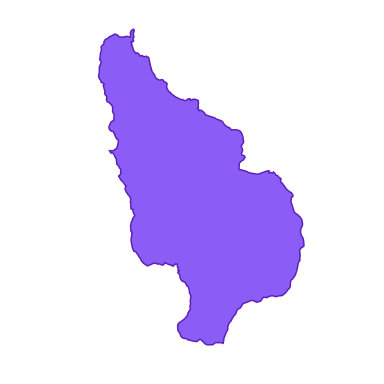 Stramtura, Maramures, Romania (Equal Earth projection), rotated 103°
{"feature_id": "2599482B10134802893946", "entity_name": "Stramtura", "entity_type": "district", "adm_level": 2, "iso_a3": "ROU", "parent_name": "Romania", "parent_adm1": "Maramures", "projection": "equal_earth", "projection_center": [24.134, 47.755], "detail": "fine", "context": "isolated", "style": "filled", "palette": "violet", "viewbox_px": 384, "rotation_deg": 103, "n_neighbors": 0, "source": "geoboundaries", "source_scale": "gbopen_adm2", "svg_char_len": 6003}
<svg xmlns="http://www.w3.org/2000/svg" viewBox="0 0 384 384"><g transform="rotate(103 192 192)"><path d="M78.3,312.4L79.1,312.1L83.9,311.7L85.4,309.7L88.3,309.8L89.5,310.3L90.9,310.4L96.0,309.3L100.0,309.1L101.5,308.5L103.8,306.2L105.2,305.4L105.7,304.9L105.6,304.3L106.5,301.9L108.1,302.4L108.8,302.2L109.7,301.5L112.0,300.4L112.9,299.6L114.5,299.4L116.3,298.9L116.8,298.4L117.7,296.9L118.0,296.7L119.8,296.2L121.2,296.2L121.7,296.0L123.1,294.9L123.4,294.1L123.5,292.9L125.6,289.6L127.6,288.3L131.4,287.5L132.5,286.8L133.5,285.8L135.0,285.0L139.9,284.5L141.7,286.4L142.6,286.8L146.7,287.6L148.0,287.4L149.3,286.7L150.3,285.6L150.9,284.1L150.9,282.5L151.2,281.8L152.3,281.3L152.9,280.4L154.5,279.7L157.1,277.5L157.4,276.8L157.6,275.8L158.9,275.3L161.2,274.9L162.6,275.1L163.2,274.9L166.2,275.2L166.7,275.5L167.2,276.2L168.5,276.9L169.4,278.1L169.8,278.9L169.8,279.7L170.2,280.1L170.3,281.6L172.2,280.0L172.2,279.3L171.8,278.8L172.0,277.5L173.0,276.6L173.7,275.7L175.2,274.9L177.0,273.1L181.9,271.5L183.0,269.5L183.9,268.7L185.0,268.1L185.5,266.8L185.7,266.7L186.2,266.6L187.1,266.1L188.9,266.0L189.8,265.4L190.7,265.6L192.8,267.0L193.6,266.8L194.0,266.1L196.3,264.0L197.0,263.0L198.0,261.2L200.0,259.1L200.7,257.6L201.1,257.5L201.8,258.0L204.6,257.8L205.5,256.9L206.9,256.1L207.5,255.1L209.0,253.8L210.7,251.3L211.7,250.9L212.3,250.2L214.5,249.8L215.8,249.8L218.1,248.6L219.6,248.5L222.1,247.7L222.3,247.3L222.2,246.2L222.5,245.4L224.0,245.3L225.6,244.3L227.6,242.6L228.4,242.6L231.0,243.8L232.9,243.8L235.7,244.4L239.1,244.2L241.1,243.4L243.5,242.9L245.1,241.4L246.3,241.3L248.5,240.8L250.7,240.9L253.4,240.3L260.0,237.4L261.0,236.4L261.8,236.2L262.8,235.3L262.8,233.8L263.2,232.9L264.6,231.6L266.1,229.7L267.1,229.1L268.3,227.4L270.4,225.9L270.9,225.0L271.9,224.1L272.0,223.7L272.5,222.9L272.6,222.2L273.1,221.6L273.3,220.5L274.0,219.0L273.9,218.4L273.0,217.7L272.6,216.7L271.5,215.2L271.0,214.7L269.9,213.0L269.5,211.9L270.0,209.7L269.4,207.6L269.7,206.4L269.8,204.4L269.4,203.4L267.1,202.7L268.0,197.0L267.6,195.8L268.2,195.3L268.3,194.1L268.5,193.7L266.7,192.8L266.4,192.1L265.6,191.9L265.6,190.3L268.7,189.1L268.8,188.4L270.1,188.2L270.7,187.6L271.7,188.0L271.8,187.8L271.4,187.7L271.5,186.9L271.7,186.7L272.3,186.9L272.6,187.3L273.8,187.7L274.1,187.0L275.5,185.4L276.3,184.9L278.3,184.4L280.8,182.1L281.0,181.8L280.7,181.2L280.7,180.9L281.3,180.2L281.5,178.6L282.1,177.9L282.9,177.5L283.7,176.3L284.7,175.8L284.9,174.5L288.1,172.6L290.3,172.0L291.3,171.4L292.7,170.2L294.2,169.5L298.9,169.2L301.2,168.2L303.8,168.3L306.2,167.4L307.2,167.4L310.2,168.6L312.5,168.7L313.6,168.9L316.3,170.1L319.2,172.2L322.4,175.2L324.6,176.0L326.6,175.7L329.6,174.7L330.5,174.3L332.1,172.3L334.7,170.6L336.0,169.2L336.2,168.4L336.4,166.3L336.2,164.9L336.5,163.3L337.0,162.4L337.1,161.8L336.7,160.7L337.0,158.9L337.0,157.2L336.7,153.7L333.8,151.2L334.1,149.6L334.4,148.9L334.9,148.5L336.9,145.3L337.4,143.8L337.4,142.6L337.2,141.3L336.6,139.6L336.3,137.8L335.9,137.2L333.6,135.4L333.3,134.8L333.0,132.6L332.3,130.6L332.5,127.7L330.7,127.6L327.3,128.0L321.2,127.1L317.9,126.2L316.0,126.8L312.7,126.6L311.0,126.2L308.6,124.8L307.0,124.6L304.1,123.7L301.0,122.0L297.1,121.6L295.7,120.7L294.6,119.3L293.9,118.8L291.6,117.9L290.1,117.7L288.6,116.2L287.4,114.2L284.4,110.0L284.0,107.9L284.9,104.2L283.0,100.8L282.8,100.5L279.0,99.1L278.3,98.2L278.1,97.6L278.3,96.6L277.9,95.2L275.6,92.2L274.9,89.5L275.2,87.3L274.4,85.1L273.5,84.1L273.4,83.1L272.7,81.7L272.9,81.4L271.8,80.1L268.7,77.9L265.2,76.4L264.5,75.7L263.0,75.2L261.6,75.0L258.6,75.7L256.5,75.8L255.7,75.6L254.0,74.4L249.4,72.6L243.8,72.2L237.5,72.5L236.1,72.3L234.2,71.4L233.1,72.0L229.7,72.3L224.6,74.0L222.5,73.4L219.9,71.1L219.1,70.8L214.9,72.1L212.1,73.4L209.6,75.7L206.9,77.2L203.8,77.7L201.2,77.1L198.4,77.0L194.3,78.7L192.0,81.1L189.9,85.0L189.5,86.4L188.5,87.9L178.8,93.6L177.7,93.5L175.1,93.9L174.4,93.5L173.9,92.8L172.6,92.8L171.7,93.5L170.3,95.1L170.1,95.6L170.0,96.7L169.5,97.4L169.2,98.5L167.8,100.8L163.2,105.9L163.1,106.8L161.4,108.2L159.4,108.1L158.7,108.7L158.5,110.1L156.9,112.1L156.6,114.1L155.2,115.5L154.2,117.1L155.5,117.8L155.3,119.7L155.4,120.6L156.0,121.5L154.0,121.8L154.7,123.8L158.6,129.7L160.0,132.1L160.4,140.8L159.6,143.6L159.3,151.3L154.1,152.3L152.7,152.1L150.4,150.6L149.3,149.2L147.0,148.3L146.0,148.2L145.1,149.0L144.8,150.1L145.0,151.1L144.4,152.0L143.5,152.4L140.6,152.1L139.3,152.2L136.4,154.4L132.1,152.9L130.0,153.5L128.9,154.2L127.1,154.6L123.6,156.8L121.9,158.7L121.3,161.8L121.9,165.1L122.6,167.6L121.1,169.7L120.8,170.6L120.7,172.3L119.8,174.3L118.1,176.8L116.5,178.1L115.7,181.5L115.5,184.5L114.6,186.8L114.1,193.7L113.5,196.6L112.5,197.3L111.8,198.1L110.2,201.7L111.1,203.1L110.9,203.6L110.4,203.7L110.3,204.4L109.2,205.3L108.8,205.2L108.6,204.6L106.1,205.5L103.8,205.7L101.6,206.5L101.1,207.9L101.0,210.2L101.5,212.0L102.6,213.0L103.0,214.2L101.7,214.6L102.2,215.4L101.9,216.2L102.4,217.0L104.1,218.3L104.6,219.8L104.1,222.1L104.4,223.7L103.1,229.3L100.8,234.7L99.8,235.4L99.5,236.5L99.5,237.0L98.8,237.9L97.5,238.7L96.8,239.8L95.3,240.2L94.1,240.7L92.5,240.5L91.9,240.8L91.5,241.3L90.7,243.6L90.8,244.0L90.4,244.6L89.8,244.8L89.4,245.3L89.3,246.7L89.4,247.3L90.0,247.8L90.2,248.2L90.3,248.8L89.6,252.0L88.3,253.6L86.3,254.8L83.9,257.8L78.5,260.8L70.8,264.4L70.4,265.2L70.6,265.6L70.5,266.1L70.0,267.2L71.2,269.4L71.0,270.2L70.4,270.6L70.4,270.9L70.4,271.5L70.9,272.9L71.2,273.2L69.8,274.5L68.8,276.1L68.7,276.5L69.0,277.2L69.7,277.7L69.0,278.7L68.1,279.5L67.6,280.5L64.0,282.6L63.0,283.5L62.4,283.5L62.3,283.9L61.9,283.9L60.2,284.4L60.2,284.9L59.8,285.1L59.3,285.0L58.9,284.7L59.0,284.3L58.7,283.3L57.9,282.9L55.2,284.2L54.5,284.0L54.1,283.4L50.8,285.0L49.3,284.6L47.9,284.6L46.6,285.4L47.0,286.4L48.8,287.6L50.4,287.8L53.8,287.1L55.1,287.1L55.0,290.5L55.8,292.5L56.3,292.8L57.3,297.8L56.2,299.2L55.7,300.4L55.5,301.2L55.5,302.7L57.7,305.2L59.1,307.1L61.7,309.1L62.9,310.8L65.3,311.6L66.0,311.3L67.5,311.4L71.0,313.2L72.4,312.9L73.4,312.1L78.3,312.4Z" fill="#8b5cf6" stroke="#5b21b6" stroke-width="1.5"/></g></svg>